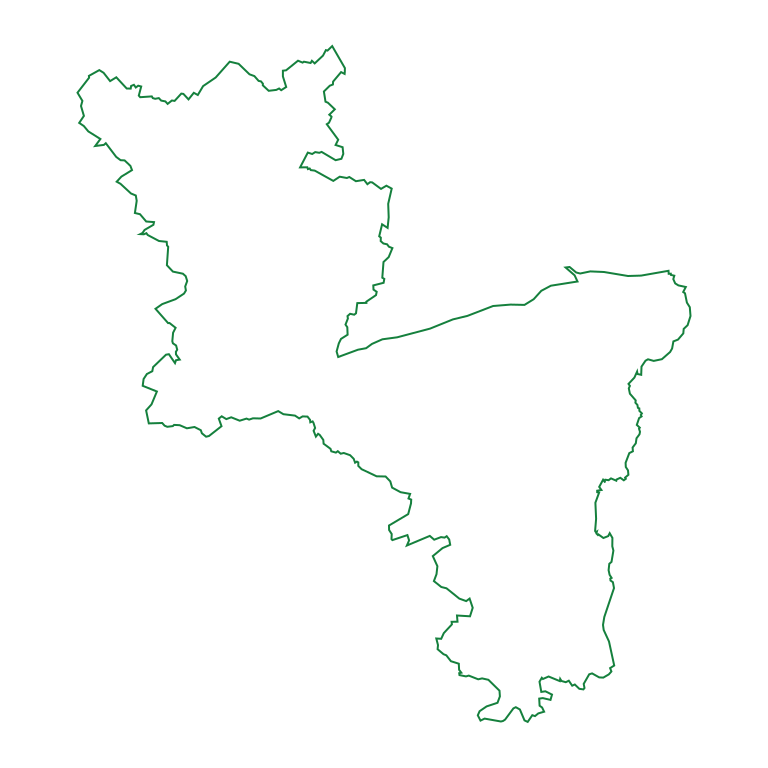 the district of Dundalk South Lea-7, Louth, Ireland
{"feature_id": "5873133B29176849558462", "entity_name": "Dundalk South Lea-7", "entity_type": "district", "adm_level": 2, "iso_a3": "IRL", "parent_name": "Ireland", "parent_adm1": "Louth", "projection": "albers", "projection_center": [-6.463, 53.981], "detail": "fine", "context": "isolated", "style": "outline", "palette": "green", "viewbox_px": 768, "rotation_deg": 0, "n_neighbors": 0, "source": "geoboundaries", "source_scale": "gbopen_adm2", "svg_char_len": 6054}
<svg xmlns="http://www.w3.org/2000/svg" viewBox="0 0 768 768"><path d="M332.2,46.1L327.5,50.6L325.9,50.1L323.0,55.6L314.7,63.4L311.9,60.8L310.6,63.0L303.9,61.7L302.6,62.6L298.0,60.7L286.1,70.3L282.9,70.7L282.9,76.4L286.2,87.0L281.2,90.2L279.1,88.5L276.3,89.9L268.7,90.8L262.8,85.3L262.9,83.7L261.0,81.4L258.6,80.9L254.4,76.1L249.5,74.3L238.6,63.8L229.7,61.7L215.7,77.5L203.1,86.1L197.8,95.0L193.8,92.8L188.5,99.4L183.4,93.9L181.3,93.6L174.6,100.9L171.9,100.5L167.6,103.9L165.4,101.4L161.2,100.6L158.8,98.1L155.2,98.8L152.8,98.1L151.8,96.4L140.2,97.2L138.8,95.6L141.2,86.5L138.2,85.7L135.8,87.5L133.9,84.8L131.1,86.0L130.7,88.6L126.7,88.5L116.3,77.3L110.1,81.1L103.6,72.8L99.3,70.1L88.9,75.9L89.1,77.7L77.5,92.7L82.4,100.9L81.0,106.0L83.9,115.9L79.2,122.9L83.8,126.0L88.3,131.4L100.4,139.0L95.2,146.0L103.9,144.9L105.8,143.2L116.2,156.9L120.6,160.2L124.6,160.4L130.4,165.9L132.0,170.1L121.4,176.6L116.7,181.7L120.5,183.8L131.0,193.5L135.8,195.5L136.7,200.8L134.9,213.0L140.0,214.2L146.2,221.5L154.0,222.1L153.4,224.8L144.6,229.9L142.5,233.0L140.3,234.1L143.8,234.3L146.4,233.2L147.7,235.0L159.0,241.0L166.7,241.8L167.0,245.4L168.2,246.8L166.9,265.2L172.9,271.6L182.9,273.7L185.7,276.2L187.2,281.0L185.2,286.5L185.9,290.5L184.0,293.6L175.5,299.2L162.2,304.1L155.5,308.8L168.1,323.1L169.5,323.0L175.6,327.8L173.1,332.7L172.3,341.2L172.9,343.3L176.1,345.5L177.2,349.7L175.9,351.8L176.0,354.4L179.7,359.6L176.0,360.2L175.0,363.1L168.9,354.2L166.0,354.7L153.1,367.1L152.3,371.2L146.9,374.0L143.6,379.0L142.7,385.8L156.9,391.5L151.5,404.4L146.1,410.4L148.8,423.4L162.2,423.0L164.6,425.7L167.3,426.8L172.8,426.1L174.1,424.9L179.7,425.2L186.9,428.3L194.5,427.0L200.8,430.2L201.9,433.3L206.1,436.7L209.0,436.0L221.5,426.2L218.8,418.6L221.7,416.3L226.3,419.1L231.2,417.3L239.7,420.7L246.5,418.6L249.1,419.6L253.0,418.3L260.6,418.5L278.2,411.1L283.4,414.2L295.0,415.6L299.2,418.4L302.6,416.4L307.5,416.6L310.0,419.8L310.3,422.3L312.6,421.4L313.5,422.9L315.1,428.0L313.6,430.8L315.9,436.6L318.1,433.8L319.7,434.9L323.3,439.9L323.6,443.7L330.5,448.8L331.3,451.3L335.9,452.6L337.8,451.2L340.7,453.7L343.8,453.0L350.1,455.2L353.7,458.8L355.1,462.7L356.9,461.6L358.3,462.4L358.3,465.9L361.6,469.2L376.6,476.3L385.6,476.5L390.3,481.4L392.1,487.6L400.6,492.2L410.1,493.9L408.5,498.5L411.2,499.6L411.0,503.4L408.2,514.1L389.0,525.5L389.1,530.0L391.7,534.0L391.5,539.1L392.4,540.1L407.4,535.1L409.1,540.4L406.9,545.5L429.8,535.9L434.2,539.7L441.0,537.1L444.6,537.6L446.7,536.2L449.2,539.5L450.2,544.8L442.5,548.1L432.8,556.1L437.4,566.2L436.5,574.2L433.9,581.1L441.3,587.0L446.5,588.3L459.3,598.6L466.2,601.1L469.6,598.6L472.7,607.8L470.0,616.3L457.0,615.5L457.5,621.7L451.6,621.8L451.9,624.4L443.8,633.1L441.2,638.8L436.3,638.5L438.0,645.1L437.6,649.2L443.5,654.2L446.3,655.3L450.9,661.2L458.8,663.7L459.1,669.8L461.3,672.7L459.2,673.2L459.5,675.1L466.0,676.4L468.8,675.6L478.2,679.3L482.1,678.4L488.4,679.8L499.5,690.7L499.9,696.4L497.5,702.8L486.6,706.4L479.6,711.2L477.8,715.3L480.5,720.6L484.6,718.6L500.9,721.5L503.0,721.0L505.1,719.6L513.4,708.4L515.8,707.2L519.9,709.5L524.5,720.4L527.7,721.9L532.3,715.2L535.0,716.1L538.3,713.4L544.1,711.7L542.1,707.5L539.6,705.7L539.2,698.6L542.8,698.1L550.5,699.9L552.0,694.6L545.4,691.3L541.3,691.9L539.5,681.7L541.8,677.8L542.9,679.0L548.6,676.5L559.8,681.1L560.2,678.9L561.5,681.0L565.8,682.2L568.8,680.7L572.2,685.7L574.8,684.5L579.3,688.8L583.4,689.4L584.5,688.0L583.7,683.9L589.2,674.3L592.1,673.4L599.2,677.4L603.3,677.6L608.8,674.4L611.4,671.5L610.1,668.1L614.2,665.5L609.0,641.5L603.7,630.0L603.0,624.9L604.3,617.0L614.0,588.1L612.9,582.2L610.5,580.5L610.3,578.6L611.6,577.9L609.6,574.8L608.6,570.2L609.3,563.8L611.5,561.9L613.4,550.6L612.3,546.3L612.4,537.9L609.7,533.2L608.2,536.1L603.4,538.0L598.4,534.4L597.9,535.0L596.4,533.5L596.8,531.9L595.5,533.0L596.8,531.2L595.8,531.8L595.1,531.0L596.1,518.8L595.4,502.7L599.1,492.6L597.2,492.2L597.2,490.7L601.4,490.0L599.2,486.9L603.1,479.7L605.2,482.5L604.4,480.5L605.2,479.7L608.6,480.2L611.0,478.4L616.3,480.7L616.6,479.5L620.3,477.8L623.8,480.3L625.8,478.8L625.1,477.6L628.4,474.8L628.0,470.4L625.8,467.0L625.6,462.8L629.3,453.1L632.9,451.3L632.6,447.5L635.8,443.3L636.5,438.3L639.5,434.3L640.0,431.8L639.0,428.7L639.8,427.7L636.8,424.9L639.1,418.1L641.6,416.4L640.8,415.0L641.9,413.4L639.4,410.9L639.3,408.4L637.9,407.8L637.4,404.9L635.4,402.7L635.7,400.4L629.9,393.7L628.8,388.3L629.9,385.9L628.5,383.9L634.4,377.6L637.1,371.6L637.5,374.0L641.2,374.8L641.5,366.6L645.5,360.7L648.0,359.3L653.7,360.9L661.9,359.2L670.1,352.0L672.1,348.5L673.4,341.4L678.0,339.6L683.3,333.4L683.7,328.9L687.6,325.2L690.5,316.0L689.8,307.2L686.9,302.6L685.0,293.3L683.2,292.0L685.8,287.0L678.4,285.4L675.2,283.4L673.3,279.1L674.3,275.7L670.9,274.9L670.8,273.7L668.7,273.8L668.5,270.8L641.1,275.6L628.0,276.0L604.0,272.0L590.3,271.4L580.2,273.5L576.2,272.5L569.6,267.0L565.6,267.5L574.6,275.3L577.5,281.5L550.9,285.7L541.3,290.8L533.7,299.2L524.5,304.9L510.5,304.6L493.1,306.0L467.4,315.9L452.9,319.4L430.1,328.6L397.2,337.3L382.4,339.3L372.0,343.9L366.1,348.2L358.0,349.7L338.2,357.0L336.6,351.5L338.8,343.4L341.0,338.9L347.6,334.7L347.3,327.2L345.5,324.6L347.9,318.5L347.5,316.1L350.1,313.8L354.2,314.7L356.0,313.3L357.3,303.1L366.4,302.9L366.3,301.7L376.0,295.1L376.7,291.8L373.5,289.6L373.3,285.4L383.6,282.8L384.3,278.9L382.3,277.7L383.5,262.0L388.7,257.1L392.4,248.1L388.9,246.7L387.1,244.3L383.4,243.5L380.7,241.1L380.8,237.6L379.2,236.3L382.1,224.3L387.6,227.9L388.7,217.3L388.2,203.8L391.7,188.6L386.4,185.7L381.0,188.9L372.2,182.4L370.1,182.2L367.4,184.2L364.1,179.9L355.9,181.2L349.3,177.0L346.9,178.0L339.7,176.7L333.3,180.9L314.7,170.6L310.8,170.1L309.7,168.5L307.9,169.1L307.3,167.3L300.1,167.4L307.8,152.6L312.2,154.0L315.2,152.1L319.3,152.8L321.6,151.9L335.6,160.2L341.4,158.8L343.3,153.9L342.6,147.2L335.6,145.0L338.2,139.7L326.8,124.2L329.0,122.7L331.3,117.7L331.5,116.6L329.3,114.7L334.8,109.3L327.9,102.7L325.5,101.7L323.9,91.5L329.8,85.7L332.9,84.5L333.1,81.6L341.1,72.1L344.6,73.9L344.8,71.9L344.9,68.1L332.2,46.1Z" fill="none" stroke="#15803d" stroke-width="2"/></svg>